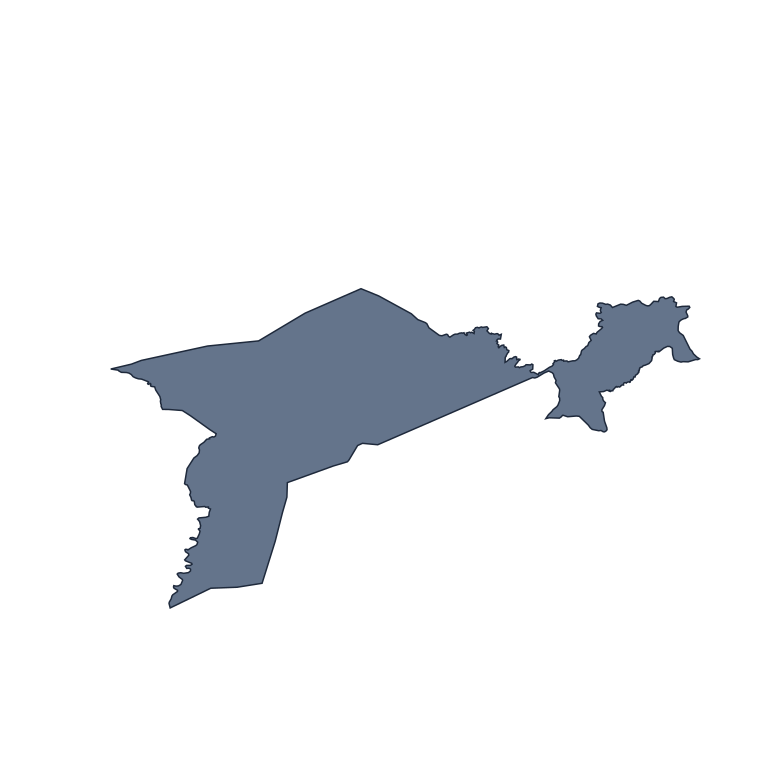 the district of San Pablo Coatlán, Oaxaca, Mexico, rotated 238°
{"feature_id": "50627088B61176301842626", "entity_name": "San Pablo Coatlán", "entity_type": "district", "adm_level": 2, "iso_a3": "MEX", "parent_name": "Mexico", "parent_adm1": "Oaxaca", "projection": "equal_earth", "projection_center": [-96.818, 16.154], "detail": "fine", "context": "isolated", "style": "filled", "palette": "slate", "viewbox_px": 768, "rotation_deg": 238, "n_neighbors": 0, "source": "geoboundaries", "source_scale": "gbopen_adm2", "svg_char_len": 6160}
<svg xmlns="http://www.w3.org/2000/svg" viewBox="0 0 768 768"><g transform="rotate(238 384 384)"><path d="M477.0,415.0L485.9,354.6L487.0,300.5L509.7,254.5L532.6,190.7L534.7,180.3L541.5,160.2L536.6,165.9L535.7,166.0L533.1,167.4L530.2,171.7L528.4,173.5L526.0,174.7L523.2,175.1L521.0,176.4L518.6,178.4L516.6,181.0L510.7,185.4L510.3,185.4L509.7,183.8L509.2,183.7L508.5,184.1L508.2,186.1L507.5,186.2L506.2,185.1L505.4,185.3L503.1,188.0L499.8,187.2L492.2,187.3L488.9,186.3L488.0,185.3L485.4,184.2L484.6,184.2L483.0,183.1L479.8,182.8L476.5,187.9L468.4,198.9L459.5,203.1L437.4,212.2L430.8,215.3L429.1,213.4L429.2,211.6L430.3,210.5L430.8,207.3L430.0,207.0L431.1,204.3L430.0,200.4L429.8,195.9L429.3,194.5L427.9,193.0L425.9,192.6L423.6,190.8L422.3,187.7L422.0,183.6L416.6,172.2L405.2,162.1L404.1,162.3L402.5,163.7L395.4,163.0L394.0,162.0L393.0,160.5L390.1,160.2L387.6,159.3L386.6,159.5L386.2,160.4L385.0,160.9L382.0,159.6L379.5,159.8L379.5,160.1L378.6,160.3L375.1,167.1L374.1,167.4L372.7,169.9L371.8,169.3L369.9,170.6L367.9,167.9L364.7,165.3L365.4,162.3L368.5,156.1L368.2,154.3L365.0,154.7L361.0,153.4L359.0,151.5L359.5,150.0L359.3,149.7L356.7,150.0L354.8,148.0L352.2,144.0L352.5,142.6L355.1,140.6L356.2,138.4L355.7,137.5L354.2,138.4L351.5,141.4L348.6,142.2L346.9,140.2L346.7,138.6L347.3,133.6L347.2,129.8L348.2,129.3L349.0,128.0L348.8,127.2L346.9,126.8L343.6,128.3L342.2,127.6L340.5,121.8L339.3,121.9L333.8,125.9L332.9,125.7L332.8,123.8L334.8,120.4L334.6,119.0L332.1,119.0L331.3,120.6L330.4,121.5L329.4,121.8L328.0,120.8L327.7,118.2L329.6,113.8L331.7,111.6L332.7,109.2L332.4,107.9L329.1,107.9L325.1,109.4L324.1,109.1L321.6,105.5L321.7,102.7L322.8,100.5L324.4,98.9L323.4,97.9L322.0,97.7L318.4,99.6L317.5,98.9L317.2,93.3L316.6,91.8L314.6,89.7L312.8,86.3L311.8,85.4L307.4,84.0L302.6,128.9L289.5,151.7L279.6,175.0L308.3,208.4L328.7,229.7L339.5,241.7L351.6,249.8L341.3,297.7L337.4,311.8L338.1,314.0L345.8,329.0L345.1,334.3L335.8,346.5L310.8,513.3L309.2,515.1L308.6,517.5L308.5,525.6L307.7,530.5L304.3,532.7L302.5,532.9L299.9,532.0L295.8,531.8L294.2,530.0L286.8,530.2L285.5,529.6L280.6,525.5L279.1,525.5L276.8,524.2L273.9,520.3L273.2,518.6L272.6,513.7L271.8,511.8L270.9,507.4L268.9,502.9L267.8,506.2L262.1,514.7L262.2,516.8L262.8,518.8L262.6,519.3L258.9,522.4L254.9,530.2L253.1,532.5L240.8,535.5L237.6,535.7L235.2,536.5L230.6,541.3L229.6,543.4L227.3,544.6L226.5,545.8L226.5,547.4L227.0,548.9L228.8,549.8L235.6,551.3L243.9,554.9L245.1,554.3L246.7,555.1L248.8,559.5L250.8,561.9L252.9,561.3L255.0,561.4L256.6,562.3L258.4,561.9L263.2,562.4L261.2,566.3L260.7,569.7L259.8,570.5L259.1,572.1L258.7,572.1L258.5,571.3L257.7,571.9L257.6,573.8L257.0,574.4L257.9,575.7L258.0,576.9L258.7,578.7L258.7,579.7L257.8,579.9L257.8,581.1L256.7,582.0L256.5,583.4L257.0,583.9L257.0,585.4L256.2,586.6L257.3,587.2L257.8,588.4L257.0,589.7L256.4,589.9L256.6,591.1L255.9,593.4L255.2,593.3L255.1,593.6L256.8,595.7L256.5,596.3L255.9,596.1L255.8,596.5L256.1,597.8L257.6,599.7L256.9,600.6L258.1,601.9L258.2,604.4L258.7,604.8L258.6,605.6L259.2,606.7L260.1,606.7L260.3,607.7L261.0,608.2L261.4,609.0L261.9,609.1L262.2,609.9L261.7,612.2L262.2,613.6L261.6,615.2L260.9,619.5L262.0,623.3L264.2,625.4L264.7,625.4L265.2,626.1L265.4,627.0L266.2,627.4L265.9,628.9L266.6,630.7L267.6,630.9L267.8,631.3L266.8,633.1L266.0,633.4L266.2,634.4L265.6,634.6L266.2,640.2L265.7,644.3L264.3,646.3L261.5,647.4L256.0,644.4L252.7,643.4L250.8,643.1L247.6,645.2L245.2,647.5L244.5,649.4L241.6,653.7L239.6,661.2L238.4,663.0L238.2,664.9L241.0,663.6L245.6,662.4L248.6,662.6L251.4,662.0L266.6,663.5L270.9,661.8L273.4,661.7L276.9,664.0L280.2,666.9L280.8,669.1L280.8,670.8L280.5,672.9L279.9,674.3L279.9,677.2L281.1,677.8L284.7,678.2L285.5,678.8L286.5,680.3L286.3,681.7L286.9,683.9L288.3,684.0L291.8,678.0L293.7,673.4L295.0,672.6L297.8,675.1L300.5,673.3L301.8,674.9L302.7,675.1L305.4,674.3L306.2,672.1L306.5,669.4L307.4,667.6L309.5,667.1L310.7,664.8L310.5,663.0L308.5,660.4L311.2,656.6L310.0,652.0L309.9,650.3L310.6,648.9L311.9,647.7L316.0,645.3L318.8,644.9L320.2,643.9L321.7,638.2L322.3,631.2L324.7,629.2L326.3,627.0L327.8,618.3L331.0,617.8L333.3,616.0L334.0,614.3L336.7,612.2L338.3,610.0L338.6,608.0L336.7,606.1L334.8,607.3L333.7,608.6L331.7,606.4L329.5,606.1L329.5,604.6L331.7,601.9L331.0,600.7L329.2,600.1L325.8,600.2L324.2,602.6L322.1,603.2L322.5,600.5L321.3,597.9L319.5,596.7L318.1,597.7L317.1,599.3L316.2,599.3L315.7,597.9L314.9,592.0L314.0,590.5L315.9,588.5L315.9,584.8L315.2,583.2L311.2,582.8L310.6,579.7L308.5,577.0L308.7,575.3L307.9,572.5L307.8,570.1L307.3,568.9L305.0,566.7L304.5,566.0L304.6,565.2L302.7,562.7L302.3,560.2L302.5,558.2L303.6,556.4L305.3,551.8L306.6,551.4L308.2,548.5L309.1,548.9L309.7,547.5L310.7,547.3L311.9,544.5L312.1,542.0L313.2,541.7L313.4,540.7L312.2,540.1L311.7,538.1L310.7,538.0L310.1,535.8L310.5,533.3L310.3,526.9L310.8,522.1L311.3,521.9L311.2,521.0L310.3,519.7L314.6,517.2L315.8,514.9L316.9,514.7L317.9,515.0L317.8,518.0L321.4,520.5L322.6,519.9L322.6,518.3L325.1,514.7L324.7,513.2L325.0,511.1L326.0,509.0L326.1,507.5L327.3,507.0L328.6,504.5L329.4,504.2L330.0,504.6L331.2,507.2L331.4,508.3L332.4,510.3L332.5,512.2L332.9,512.4L333.9,511.3L334.4,509.5L336.6,510.7L337.5,510.1L338.0,508.4L337.6,505.8L338.3,505.3L338.8,504.0L338.1,500.1L338.2,498.1L342.4,501.0L342.7,502.1L343.4,502.8L344.8,505.4L345.0,506.6L346.2,507.6L348.0,506.3L350.1,507.1L351.0,506.7L351.2,505.4L353.6,506.2L354.4,504.2L354.3,502.0L353.8,501.0L354.1,500.4L355.4,500.8L356.2,502.0L358.4,501.2L358.9,501.6L359.2,502.6L360.7,502.8L360.9,502.3L361.5,503.1L361.7,504.7L360.4,506.6L364.0,509.8L364.4,507.5L366.4,507.1L367.1,506.0L367.6,504.2L369.3,502.6L369.5,501.6L370.1,501.9L370.3,500.8L371.0,500.2L374.5,499.5L375.7,501.9L378.0,501.6L379.8,497.5L380.6,497.1L381.1,495.8L381.2,494.3L382.6,493.2L383.2,491.4L382.4,489.6L382.3,488.0L380.7,488.5L379.1,487.1L381.4,485.9L381.5,484.7L382.6,484.1L383.5,480.9L381.5,480.7L381.4,479.8L383.1,478.9L385.1,479.0L385.3,477.8L386.1,477.1L387.1,474.9L387.4,472.7L388.6,470.7L388.9,469.0L388.8,464.7L390.3,464.0L392.2,464.1L393.2,463.2L394.2,458.7L395.9,456.7L407.8,451.9L412.5,452.3L414.3,451.5L420.7,446.8L429.1,444.4L461.3,426.3L477.0,415.0Z" fill="#64748b" stroke="#1e293b" stroke-width="1.5"/></g></svg>